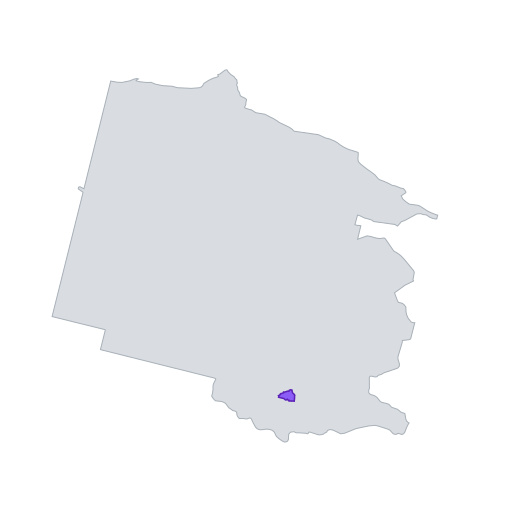 Gharb Jabal Marrah, Central Darfur, Sudan shown in context, rotated 284°
{"feature_id": "16777658B15584581797424", "entity_name": "Gharb Jabal Marrah", "entity_type": "district", "adm_level": 2, "iso_a3": "SDN", "parent_name": "Sudan", "parent_adm1": "Central Darfur", "projection": "equal_earth", "projection_center": [24.023, 13.095], "detail": "fine", "context": "in_parent", "style": "filled", "palette": "violet", "viewbox_px": 512, "rotation_deg": 284, "n_neighbors": 0, "source": "geoboundaries", "source_scale": "gbopen_adm2", "svg_char_len": 5069}
<svg xmlns="http://www.w3.org/2000/svg" viewBox="0 0 512 512"><g transform="rotate(284 256 256)"><path d="M339.6,422.4L335.7,422.4L335.3,421.1L335.3,417.7L335.7,415.1L337.1,411.1L336.7,408.8L336.9,405.6L335.8,402.0L326.3,391.6L324.4,388.7L319.3,386.1L320.2,383.1L317.9,361.8L318.9,359.4L319.1,355.6L319.1,352.4L320.2,346.9L320.3,344.6L310.3,344.4L310.2,346.8L310.7,349.4L310.7,350.4L296.8,350.5L302.4,358.9L302.7,362.5L302.5,367.1L302.6,370.0L302.9,371.9L304.4,375.7L304.4,376.4L304.0,377.3L294.2,388.4L292.6,393.6L291.4,396.3L288.5,400.9L279.6,412.8L278.1,413.6L271.2,414.0L270.6,414.3L270.0,414.9L269.7,414.7L263.8,407.7L253.8,399.3L247.3,403.7L245.5,405.3L245.5,409.4L244.6,411.4L242.8,413.7L238.0,415.1L235.5,416.3L232.5,418.6L229.5,422.4L229.3,424.4L229.7,426.2L212.9,426.1L211.8,424.7L209.4,418.4L207.7,418.8L192.4,418.1L190.3,418.7L185.9,421.3L183.7,421.7L181.5,420.6L173.4,408.1L171.7,406.6L169.9,403.7L168.1,402.4L167.6,401.4L167.4,400.1L167.4,397.4L166.9,395.7L165.6,395.3L154.8,398.1L153.3,397.8L151.0,398.3L150.3,398.8L149.4,400.5L149.2,403.9L148.9,405.6L148.1,407.5L145.0,411.7L144.4,413.5L144.5,418.2L144.3,420.5L143.8,421.6L142.5,423.4L142.0,424.4L141.5,430.4L139.8,434.0L139.4,435.2L139.3,437.8L139.1,438.6L134.2,440.7L132.4,442.0L131.2,444.0L131.0,444.9L128.9,444.2L126.2,443.7L121.1,443.0L119.1,442.1L118.1,440.6L118.4,437.0L117.9,436.3L117.1,435.6L116.6,434.1L116.7,432.2L119.4,428.0L119.9,425.8L120.6,415.3L120.4,412.2L118.3,406.3L113.4,396.2L112.3,394.2L106.2,385.9L105.4,384.7L104.0,381.2L105.6,373.5L105.7,371.4L105.3,369.2L103.8,367.5L102.4,367.3L100.6,365.3L99.4,364.4L98.4,362.6L97.6,360.0L98.2,351.0L97.8,349.8L96.3,349.5L95.9,348.8L96.0,347.1L95.1,341.9L94.2,337.7L94.7,335.3L93.4,332.1L90.9,330.8L86.1,331.8L84.6,331.6L83.5,331.0L82.8,329.9L82.4,328.5L82.8,326.4L84.2,322.6L85.9,319.4L89.4,316.5L90.3,315.0L90.9,313.3L91.0,311.4L90.8,309.3L90.4,307.5L89.3,305.0L88.4,302.1L88.4,300.1L88.8,298.7L89.8,297.0L93.3,293.7L96.8,290.9L97.4,290.0L97.2,288.8L95.6,286.5L95.1,282.1L94.2,279.1L96.0,276.8L97.3,275.9L99.4,275.2L100.2,274.3L100.5,272.4L100.4,270.7L101.1,269.3L102.1,266.5L103.0,265.3L105.7,262.0L106.3,259.8L106.5,257.8L105.7,251.6L107.3,249.0L109.3,246.9L112.2,247.0L116.6,246.5L119.6,245.7L121.8,245.7L126.8,246.8L127.3,246.3L127.5,244.7L127.5,127.7L147.7,127.7L148.0,127.5L147.9,72.8L275.0,72.8L276.1,72.6L278.0,67.5L278.8,67.1L280.1,67.4L280.6,68.6L279.6,72.8L390.6,72.7L391.0,79.0L392.0,84.0L395.4,91.1L398.2,95.0L399.2,97.1L399.4,98.1L399.3,99.0L398.4,97.9L397.0,97.2L396.9,100.6L397.8,107.4L399.1,112.3L398.4,116.7L398.7,124.3L400.4,133.3L400.3,139.1L403.0,152.7L405.5,160.2L406.7,162.0L408.2,163.0L410.9,163.7L414.9,167.5L418.2,171.5L419.4,173.7L421.0,176.0L422.0,175.6L422.6,175.0L423.7,176.8L428.8,180.9L429.6,182.8L427.8,184.6L425.9,187.8L424.9,190.8L424.4,191.7L422.8,193.5L422.5,194.4L421.9,195.0L421.1,195.0L419.4,196.1L417.9,195.7L416.3,196.3L415.8,197.0L414.6,197.6L412.9,198.0L410.4,200.5L408.1,201.7L407.4,202.7L406.3,207.7L405.5,209.0L402.1,209.1L400.5,209.5L398.3,209.0L397.2,209.1L396.9,210.1L396.6,214.4L396.7,216.2L395.0,221.1L395.7,230.3L394.0,237.2L393.8,238.7L392.1,244.2L391.2,246.2L389.1,256.4L388.2,259.5L386.3,262.8L388.8,287.3L387.3,294.8L387.4,298.9L386.4,305.0L385.5,307.8L384.0,311.2L382.8,315.0L381.8,320.0L381.3,329.4L380.9,330.3L374.9,331.4L373.1,332.1L371.8,333.2L370.3,335.6L367.3,342.3L365.8,346.3L363.4,351.9L360.5,355.9L359.9,357.8L359.5,361.4L358.5,367.1L357.5,371.1L357.7,374.3L356.9,380.0L357.1,382.7L356.0,384.3L354.7,385.7L353.7,386.1L349.5,382.3L346.6,384.9L344.8,388.5L343.4,392.2L344.3,400.0L344.3,401.8L343.9,403.6L341.2,411.3L340.4,414.8L339.6,420.9L339.6,422.4Z" fill="#d9dde1" stroke="#a8b0b8" stroke-width="1"/><path d="M130.5,315.1L130.4,315.3L130.3,315.5L130.2,315.6L130.1,315.8L129.9,315.8L129.9,315.7L129.5,315.1L129.0,314.4L128.5,313.7L128.5,313.3L128.3,313.2L128.2,313.2L127.9,313.0L127.7,313.0L127.7,312.9L127.3,312.8L127.2,312.8L127.2,312.7L126.8,312.4L126.7,312.4L126.5,312.2L126.4,312.1L126.2,311.9L126.0,311.7L125.9,311.6L125.7,311.9L125.6,312.0L125.4,312.1L125.1,312.1L124.9,312.1L124.7,312.1L124.4,312.1L124.4,312.3L124.4,313.7L124.4,314.5L124.4,316.3L124.5,317.1L124.4,317.6L123.6,319.1L123.5,319.6L123.5,319.8L123.9,320.5L124.6,321.0L124.3,321.5L123.5,322.6L123.4,322.9L123.6,323.0L123.8,323.1L123.6,323.3L123.4,323.5L123.4,323.8L123.5,323.9L123.8,325.1L123.7,325.2L123.9,326.0L124.0,326.0L124.4,328.2L124.7,328.1L125.1,328.1L125.4,328.1L125.5,328.1L126.0,328.0L126.4,327.9L126.5,327.9L126.8,327.9L127.7,327.7L128.0,327.7L128.3,327.6L128.5,327.5L128.9,327.4L129.0,327.4L129.5,327.4L129.9,327.4L130.0,327.4L130.4,327.0L130.6,327.0L130.9,326.8L131.0,326.7L131.1,326.4L131.2,326.2L131.2,325.9L131.3,325.8L132.2,324.5L132.5,324.3L133.5,323.8L133.7,323.7L134.0,323.6L134.5,323.4L134.7,323.2L134.6,322.5L134.5,321.8L134.4,321.8L134.1,321.3L133.9,321.1L133.7,320.8L133.2,320.9L132.6,320.2L132.6,319.9L132.6,319.6L132.2,318.8L132.0,318.5L131.6,317.9L130.9,316.8L130.9,316.6L130.6,315.3L130.5,315.2L130.5,315.1Z" fill="#8b5cf6" stroke="#5b21b6" stroke-width="1.5"/></g></svg>